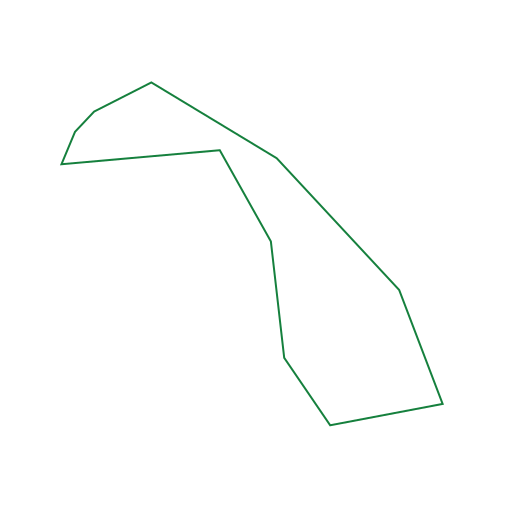 SVG path tracing the border of Aitutaki, rotated 188°
{"feature_id": "COK-4951", "entity_name": "Aitutaki", "entity_type": "state/province", "adm_level": 1, "iso_a3": "COK", "parent_name": "Cook Islands", "parent_adm1": "", "projection": "albers", "projection_center": [-158.934, -19.256], "detail": "fine", "context": "isolated", "style": "outline", "palette": "green", "viewbox_px": 512, "rotation_deg": 188, "n_neighbors": 0, "source": "natural_earth", "source_scale": "10m", "svg_char_len": 308}
<svg xmlns="http://www.w3.org/2000/svg" viewBox="0 0 512 512"><g transform="rotate(188 256 256)"><path d="M383.8,413.3L249.1,355.7L109.5,242.3L50.6,135.5L159.0,98.7L213.9,159.1L243.3,272.5L306.6,355.7L461.4,319.8L452.5,353.8L436.4,376.5L383.8,413.3Z" fill="none" stroke="#15803d" stroke-width="2"/></g></svg>